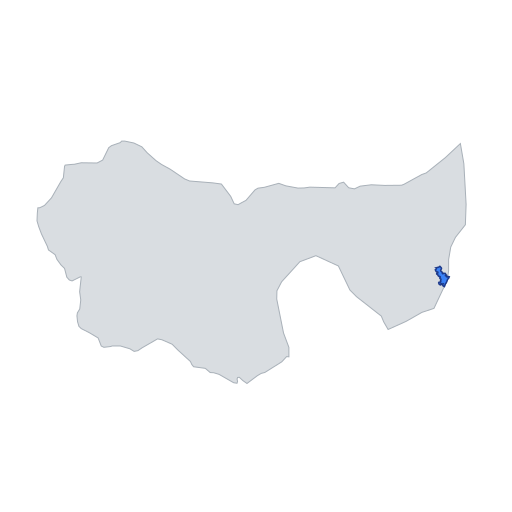 location of Vārves pag., Ventspils, Latvia, rotated 175°
{"feature_id": "27541924B8081849043776", "entity_name": "Vārves pag.", "entity_type": "district", "adm_level": 2, "iso_a3": "LVA", "parent_name": "Latvia", "parent_adm1": "Ventspils", "projection": "albers", "projection_center": [21.519, 57.283], "detail": "fine", "context": "in_parent", "style": "filled", "palette": "blue", "viewbox_px": 512, "rotation_deg": 175, "n_neighbors": 0, "source": "geoboundaries", "source_scale": "gbopen_adm2", "svg_char_len": 4693}
<svg xmlns="http://www.w3.org/2000/svg" viewBox="0 0 512 512"><g transform="rotate(175 256 256)"><path d="M379.8,382.2L376.7,381.9L367.8,379.2L360.2,374.7L355.4,368.3L347.3,359.7L342.1,355.4L334.0,350.0L320.4,339.0L315.6,336.5L292.6,332.6L284.2,330.7L276.0,317.6L273.2,309.9L269.4,308.7L265.4,310.5L261.1,312.3L251.3,321.9L248.1,323.4L241.7,323.7L227.0,326.4L220.2,323.3L208.3,320.0L202.0,319.6L196.4,319.9L171.3,317.0L166.9,321.0L162.3,321.9L157.7,315.9L152.1,314.3L146.1,316.5L134.9,316.9L121.7,315.1L104.9,313.8L102.4,314.5L83.8,322.7L79.2,323.9L58.8,337.5L42.6,350.2L40.9,329.8L42.2,289.1L44.7,268.9L55.7,257.2L61.2,248.0L64.4,235.8L65.4,224.5L67.6,215.2L83.3,188.3L95.6,185.4L112.2,177.8L130.8,171.3L134.5,179.2L136.4,185.2L159.4,206.7L165.4,213.9L174.8,238.9L196.3,251.1L212.8,246.5L219.8,240.0L232.7,228.1L238.2,219.5L239.1,211.3L235.3,176.9L231.2,162.1L232.0,152.7L234.3,153.1L239.6,148.3L257.4,139.2L261.0,138.6L265.0,136.7L276.1,129.8L279.9,133.0L283.2,136.6L284.9,136.6L285.6,135.1L285.3,132.7L286.0,130.9L289.3,131.7L303.1,141.3L308.3,143.4L311.8,143.9L316.3,148.5L327.8,151.1L329.4,153.5L330.5,156.6L342.0,169.1L347.2,175.4L357.1,180.8L361.3,182.0L377.4,174.5L381.9,172.0L385.7,171.6L389.8,174.6L399.0,178.2L407.2,178.9L408.7,178.5L415.5,178.3L418.0,179.8L420.4,188.1L428.7,194.1L436.4,198.9L438.5,201.3L439.5,206.1L439.6,211.9L438.9,214.9L436.2,218.6L434.4,227.5L434.8,235.8L431.9,250.4L432.8,250.6L441.4,247.2L444.1,248.4L446.3,251.4L447.8,260.3L451.0,264.0L454.6,270.0L456.0,274.8L462.2,280.1L463.0,283.8L467.8,296.7L469.9,304.2L471.1,310.1L470.1,317.8L469.1,323.0L467.3,322.9L462.3,324.8L454.7,331.7L443.9,347.2L441.1,350.7L438.9,362.0L438.2,363.2L431.1,363.3L429.1,363.2L422.0,364.1L406.2,362.5L400.4,364.9L393.3,376.7L390.4,378.5L381.3,380.8L379.8,382.2Z" fill="#d9dde1" stroke="#a8b0b8" stroke-width="1"/><path d="M77.7,228.5L77.6,228.4L77.5,228.2L77.4,228.1L77.4,227.9L77.5,227.7L77.6,227.4L77.7,227.2L77.8,227.1L78.2,226.8L78.4,226.7L78.5,226.7L78.5,226.4L78.5,226.2L78.3,225.9L78.2,225.6L78.1,225.4L78.1,225.2L77.9,224.9L77.7,224.7L77.3,224.4L77.1,224.4L76.7,224.4L76.4,224.3L76.3,224.2L76.2,224.0L76.2,223.9L76.2,223.7L76.3,223.5L76.3,223.4L76.5,223.3L76.5,223.2L77.0,223.1L77.3,223.0L77.3,222.9L77.5,222.8L77.5,222.7L77.6,222.4L77.5,222.2L77.4,222.1L77.0,221.9L76.9,221.8L76.7,221.7L76.5,221.4L76.5,221.2L76.4,221.1L76.4,220.8L76.3,220.7L76.2,220.5L76.2,220.4L76.0,220.2L75.9,220.2L75.7,220.1L75.5,219.9L75.5,219.7L75.4,219.6L75.2,219.5L74.8,219.6L74.7,219.6L74.4,219.4L74.3,219.2L74.2,219.1L74.2,218.9L74.3,218.7L74.5,218.5L74.6,218.3L74.7,218.2L74.8,217.9L74.7,217.6L74.6,217.4L74.3,217.2L74.1,217.1L73.9,217.0L73.8,216.9L73.8,216.6L73.8,216.3L73.8,216.2L74.0,215.9L74.2,215.6L74.3,215.5L74.3,215.4L74.3,215.2L74.2,215.0L74.2,214.8L74.1,214.7L74.1,214.4L74.2,214.2L74.3,214.1L74.5,214.0L74.6,213.9L74.9,213.9L75.1,213.9L75.3,213.9L75.6,214.0L75.9,214.0L76.0,213.9L76.2,213.7L76.3,213.6L76.4,213.4L76.4,213.2L76.2,212.7L76.1,212.3L76.1,212.2L75.9,211.8L75.7,211.7L75.2,211.3L74.9,211.1L74.7,211.1L74.4,211.1L74.3,211.4L74.2,211.8L74.3,211.8L74.3,212.1L74.2,212.4L73.8,212.3L73.8,212.2L73.8,211.7L73.7,211.7L73.2,211.7L72.9,211.6L72.7,211.3L72.3,211.9L72.1,212.2L71.9,212.1L72.6,211.1L72.4,210.6L72.2,210.4L72.2,210.2L72.3,210.1L72.2,210.0L72.2,209.9L72.0,209.7L71.9,209.6L71.7,209.6L71.0,209.1L70.9,209.3L70.8,209.5L70.7,209.6L70.7,209.8L70.6,210.0L70.5,210.3L70.4,210.3L70.3,210.5L70.2,210.7L70.1,210.9L70.1,211.0L70.0,211.3L69.9,211.4L69.8,211.5L69.7,211.7L69.6,211.8L69.5,212.0L69.4,212.0L69.2,212.2L69.2,212.3L69.0,212.5L68.9,212.6L68.8,212.8L68.7,212.9L68.7,213.0L68.5,213.3L68.4,213.5L68.2,213.8L68.1,214.0L67.9,214.4L67.9,214.5L67.7,214.8L67.7,215.0L67.5,215.4L67.4,215.5L67.2,215.8L67.0,216.1L66.9,216.2L66.8,216.3L66.7,216.4L66.6,216.5L66.4,216.7L66.3,216.9L66.2,217.0L65.9,217.3L65.8,217.5L65.7,217.5L65.6,217.8L65.5,218.0L65.4,218.2L65.4,218.3L65.3,218.5L66.0,218.7L66.4,218.8L67.1,219.0L67.2,218.9L67.2,218.7L67.4,218.4L67.7,218.6L68.0,218.8L67.9,218.9L67.8,219.1L68.1,219.1L68.1,219.5L68.0,220.1L68.5,220.1L68.4,220.3L68.5,220.3L68.4,220.4L68.4,220.6L68.4,220.8L68.5,220.9L68.5,221.0L68.6,221.3L68.8,221.7L68.8,221.9L69.0,222.2L69.4,222.2L69.9,222.3L70.4,222.5L70.5,222.4L70.6,222.2L71.3,222.1L71.7,222.1L71.8,222.3L71.9,222.6L71.7,222.7L71.7,222.8L71.8,223.0L71.9,223.3L72.0,223.6L72.1,223.9L72.2,224.0L72.6,224.3L73.0,224.7L73.0,224.8L73.2,225.0L73.3,225.1L73.3,225.6L73.3,225.8L72.8,226.4L72.6,226.8L72.4,227.1L72.3,227.3L72.3,227.7L72.3,227.8L72.4,228.0L72.5,228.2L73.2,229.1L73.7,229.7L74.9,229.0L75.2,228.9L75.3,228.9L76.2,228.7L76.3,228.8L76.8,228.7L77.1,228.6L77.5,228.5L77.7,228.5Z" fill="#3b82f6" stroke="#1e3a8a" stroke-width="1.5"/></g></svg>